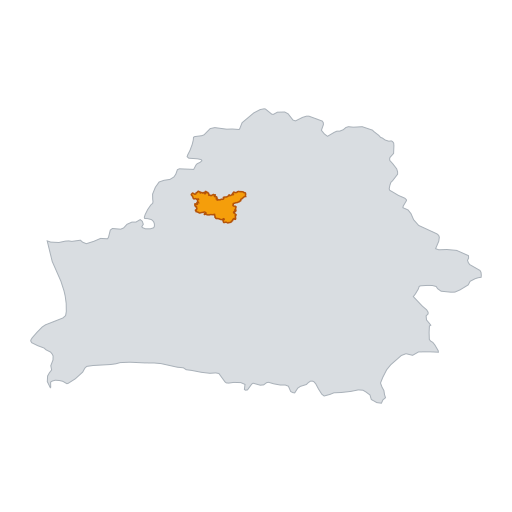 Vileyka, Minsk, Belarus (highlighted)
{"feature_id": "67162791B71807573158689", "entity_name": "Vileyka", "entity_type": "district", "adm_level": 2, "iso_a3": "BLR", "parent_name": "Belarus", "parent_adm1": "Minsk", "projection": "natural_earth1", "projection_center": [27.139, 54.501], "detail": "fine", "context": "in_parent", "style": "filled", "palette": "amber", "viewbox_px": 512, "rotation_deg": 0, "n_neighbors": 0, "source": "geoboundaries", "source_scale": "gbopen_adm2", "svg_char_len": 9311}
<svg xmlns="http://www.w3.org/2000/svg" viewBox="0 0 512 512"><path d="M438.4,352.2L429.4,351.8L418.6,351.9L412.6,355.3L406.0,353.7L401.3,355.5L390.8,364.7L386.7,369.7L382.8,377.3L380.5,383.0L381.9,386.9L383.9,390.6L384.5,394.6L385.5,397.7L382.9,399.9L381.4,403.2L376.8,402.6L371.3,399.5L370.0,395.0L365.7,391.8L362.9,390.2L358.2,389.9L350.9,391.4L341.2,392.5L333.9,392.8L330.0,394.4L324.1,396.0L321.8,394.2L318.5,389.0L315.8,383.9L313.9,381.7L312.3,381.1L310.3,381.2L308.1,382.8L306.4,384.5L300.3,386.4L297.7,388.2L294.7,392.9L292.8,392.6L290.7,391.5L288.4,386.2L285.2,385.0L280.1,385.0L273.7,383.8L268.6,382.3L266.7,382.6L263.6,384.9L260.3,385.2L253.1,383.2L251.7,384.1L247.5,389.9L245.5,390.2L244.4,389.5L245.0,384.4L240.8,382.6L233.7,382.4L228.7,383.1L226.3,382.9L225.0,381.9L218.9,373.5L215.7,372.9L209.9,373.3L201.4,372.3L191.6,370.4L186.2,369.7L183.4,367.8L177.3,367.2L161.1,363.6L154.4,363.0L144.7,362.9L129.8,362.2L120.2,362.6L115.8,363.8L110.7,364.5L93.0,365.5L86.7,366.4L84.8,368.2L82.7,372.1L75.3,378.8L68.2,383.3L66.9,383.7L62.8,381.3L59.3,380.5L55.3,380.2L52.4,381.0L50.6,382.1L50.7,387.3L50.3,387.7L47.3,381.6L47.6,376.0L49.4,372.8L51.6,370.0L50.8,365.7L53.0,360.0L53.1,355.9L52.2,354.1L50.6,352.1L46.0,349.8L44.0,348.0L37.8,345.7L31.7,342.7L30.7,340.9L31.0,339.7L32.2,337.8L37.0,332.3L42.2,327.0L45.5,324.8L62.9,318.0L65.6,315.6L66.3,311.6L66.2,303.4L65.2,296.0L64.0,290.8L60.9,281.2L52.2,261.4L47.2,240.9L50.7,242.1L58.9,242.5L65.4,241.1L68.8,240.9L71.8,241.4L80.4,240.2L82.5,242.1L86.3,243.7L93.9,241.3L100.6,238.4L107.5,238.8L108.5,237.3L110.3,230.1L112.4,228.5L120.7,229.2L123.7,227.9L127.0,224.3L131.9,222.1L135.9,222.1L140.2,219.6L142.3,221.3L143.3,224.3L141.8,226.7L142.4,227.6L145.4,228.8L150.4,228.8L153.6,227.8L154.4,226.4L154.4,223.9L153.6,221.6L151.5,219.6L147.5,218.6L144.7,218.5L144.3,217.3L145.2,214.5L147.7,209.5L150.8,205.0L152.7,203.3L153.0,201.7L152.7,199.0L152.6,194.1L155.4,187.2L159.1,182.0L164.0,180.3L170.0,179.4L173.9,177.0L175.8,174.2L177.4,169.7L179.3,168.8L193.7,169.4L196.0,165.0L197.2,163.7L200.0,162.4L201.9,160.8L201.2,159.6L197.5,158.8L188.8,158.2L187.1,156.7L187.7,154.9L190.0,150.4L192.2,144.5L193.3,140.0L193.5,137.3L194.7,136.6L201.8,135.7L204.1,134.8L210.2,128.6L214.8,127.6L226.7,129.2L232.1,129.0L239.1,129.5L239.7,128.8L242.1,122.7L253.8,112.9L260.1,109.6L264.1,108.8L265.4,109.0L271.8,114.2L273.3,114.4L277.4,112.2L284.7,112.0L288.1,113.8L293.0,120.1L295.5,120.9L302.5,117.4L306.4,116.2L309.0,116.2L322.3,121.1L323.3,122.7L323.4,124.6L321.4,130.3L324.3,133.9L327.5,136.3L334.3,132.3L336.8,131.2L339.6,131.2L343.3,129.7L345.9,127.5L348.4,126.7L353.4,127.2L362.2,126.7L372.6,130.2L373.5,131.3L378.7,135.3L380.6,137.4L382.3,138.0L385.1,140.0L388.8,141.2L391.3,140.9L392.5,141.5L393.7,143.1L393.9,145.8L393.6,153.4L390.0,157.4L389.6,158.8L389.8,160.5L392.8,163.8L396.7,168.9L397.6,171.9L397.6,174.2L392.6,180.7L390.9,182.3L389.8,185.5L389.2,188.8L389.6,190.2L398.4,195.4L404.8,198.2L406.3,199.6L406.5,200.5L403.2,206.1L402.9,207.7L408.1,210.0L411.0,213.7L413.6,219.7L418.6,225.4L437.0,233.9L438.7,235.4L439.3,237.2L438.8,241.1L435.6,248.7L438.8,249.8L446.8,249.5L456.6,250.4L468.5,255.7L468.6,258.1L467.5,260.3L468.3,262.6L469.7,264.6L480.0,270.5L481.0,272.3L481.3,275.2L481.1,277.3L478.3,277.7L475.1,278.7L470.1,281.3L468.2,284.9L460.0,289.9L454.9,292.1L450.9,292.2L441.1,291.2L437.6,288.7L436.2,286.5L432.4,285.5L427.5,285.4L420.6,285.8L419.2,286.4L418.2,289.2L415.4,293.9L413.3,296.6L422.2,306.0L426.7,309.9L428.1,312.2L428.1,313.9L426.1,315.9L426.5,319.9L430.8,325.2L429.4,326.0L429.1,332.4L429.3,339.4L430.5,341.0L432.8,342.4L434.8,344.9L438.2,350.7L438.4,352.2Z" fill="#d9dde1" stroke="#a8b0b8" stroke-width="1"/><path d="M196.1,211.6L196.8,211.8L197.4,212.0L198.2,212.3L198.7,212.5L199.0,212.8L199.4,213.0L200.2,212.9L200.8,212.7L201.7,212.5L202.3,212.4L202.8,212.4L203.4,212.3L203.8,212.1L204.3,212.0L204.6,212.0L205.0,212.2L205.7,212.6L205.9,212.8L205.9,213.0L205.5,213.4L204.6,213.7L204.4,213.9L204.3,214.1L204.3,214.3L204.5,214.5L204.8,214.5L205.4,214.2L205.7,214.2L206.2,214.2L206.4,214.3L206.8,214.7L207.0,214.8L208.9,214.9L209.3,214.9L210.3,214.6L210.6,214.6L211.5,214.6L212.6,214.7L213.6,214.7L213.8,214.6L214.1,214.3L214.3,214.3L214.6,214.4L214.6,214.6L214.5,214.9L214.5,215.1L214.6,215.3L214.8,215.6L214.8,215.9L215.0,216.2L215.1,216.5L214.9,217.0L215.0,217.2L215.1,217.4L215.5,217.6L215.7,218.0L215.9,218.4L216.1,218.5L216.8,218.6L217.4,218.5L217.9,218.6L218.3,218.7L218.9,218.7L219.9,219.2L220.7,219.5L221.0,219.6L221.6,219.6L222.2,219.6L222.7,219.5L222.9,219.4L223.1,218.9L223.3,218.8L223.4,218.7L223.9,218.8L224.0,218.9L224.1,219.1L224.2,219.3L224.1,219.6L223.2,220.1L223.0,220.4L223.0,220.7L223.2,221.3L223.5,221.9L223.5,222.1L223.6,222.4L223.8,222.5L224.0,222.5L224.5,222.5L225.2,222.3L225.6,222.2L226.0,222.2L226.5,222.3L227.1,222.6L227.4,222.8L227.7,222.9L228.0,222.9L228.4,222.8L228.9,222.5L229.8,222.6L230.0,222.5L230.4,222.3L230.8,222.1L231.4,221.9L231.5,221.8L231.5,221.6L231.5,221.3L231.6,221.1L232.6,220.7L232.7,220.4L232.6,220.1L232.6,219.9L232.7,219.7L233.3,219.3L233.3,219.0L233.4,218.8L233.6,218.7L233.9,218.6L234.1,218.7L234.6,219.1L234.8,219.3L235.1,219.3L235.4,219.3L235.5,219.1L235.6,218.9L235.2,218.6L235.2,218.4L235.2,218.2L235.4,218.1L235.6,217.9L235.5,217.5L235.4,217.2L235.5,216.7L235.5,216.3L235.5,216.0L235.3,215.9L235.3,215.6L235.5,215.4L236.0,215.2L236.1,214.8L236.0,214.6L235.6,214.3L235.2,214.0L234.7,213.6L234.5,213.2L233.9,213.0L233.7,212.8L233.6,212.5L233.6,212.3L233.8,212.2L234.0,211.9L234.0,211.7L234.5,211.5L234.7,211.8L235.0,211.8L235.1,211.7L235.6,211.1L235.8,211.0L235.9,210.8L235.9,210.6L235.7,210.5L235.2,210.5L234.9,210.4L234.8,210.2L234.8,209.9L235.2,209.7L235.7,209.6L235.7,209.1L235.7,208.6L235.5,208.2L235.5,207.8L235.9,207.4L236.0,207.3L236.0,207.0L236.0,206.8L235.4,206.3L235.1,206.2L234.3,206.2L234.0,206.2L233.6,206.0L233.0,205.6L232.9,205.4L232.9,205.1L233.0,204.8L233.3,204.5L233.2,203.7L233.4,203.5L233.6,203.4L234.7,203.2L235.5,202.8L235.8,202.7L237.2,202.6L237.7,202.3L239.3,201.7L239.3,201.4L239.7,201.1L240.4,201.0L240.7,200.8L240.8,200.6L240.8,200.4L240.7,200.2L240.7,199.6L240.8,199.4L241.0,199.3L241.2,199.1L241.9,198.9L242.2,198.4L243.0,197.9L243.3,197.5L243.6,197.3L243.9,197.0L244.1,196.9L244.7,196.6L245.6,196.5L245.5,196.3L245.5,194.7L245.7,194.2L245.5,193.4L245.4,193.0L245.0,192.7L244.0,192.6L243.7,192.5L243.6,192.3L243.5,192.1L243.1,191.9L241.9,191.7L239.2,191.6L238.7,191.4L237.5,191.7L237.3,191.9L237.0,192.1L237.0,192.3L236.7,192.5L236.4,192.5L235.4,192.6L234.6,192.5L234.3,192.4L234.2,192.3L234.2,192.2L233.7,192.1L233.5,192.3L233.3,192.8L232.7,193.3L232.5,193.5L232.7,193.8L233.3,194.2L233.4,194.3L233.4,194.5L233.2,194.7L233.0,194.8L232.7,194.8L232.5,194.7L231.8,194.8L231.5,194.9L231.3,195.1L231.1,195.3L230.1,195.6L229.6,195.6L229.6,195.4L229.5,195.1L229.3,194.9L229.1,194.9L228.9,195.0L228.7,195.7L228.5,195.8L228.0,196.2L226.5,197.0L224.9,197.0L224.0,197.2L223.6,197.3L223.4,197.4L223.4,197.5L223.4,197.8L223.5,197.9L223.7,198.1L223.8,198.2L223.6,198.6L223.4,198.8L223.4,199.0L223.2,199.2L222.7,199.3L222.0,199.3L221.5,199.2L221.3,199.2L221.0,199.3L220.7,199.6L220.3,199.8L218.8,199.9L218.1,199.8L217.5,200.1L217.1,200.0L217.0,199.9L217.0,199.6L217.1,199.2L217.4,199.0L217.2,198.8L217.1,198.7L216.5,198.7L216.3,198.7L216.4,198.3L216.8,198.0L216.9,197.8L216.9,197.3L216.8,197.1L216.5,196.8L215.8,196.8L214.9,196.7L214.6,196.5L214.4,196.2L214.4,195.9L214.4,195.7L214.5,195.5L214.7,195.4L215.3,195.2L215.3,194.9L215.1,194.8L214.1,194.9L213.6,194.5L213.3,194.5L213.2,194.6L213.0,194.8L212.2,195.0L211.9,195.2L211.7,195.5L211.4,195.6L210.6,195.6L210.4,195.5L210.1,195.2L209.9,195.1L209.7,195.1L209.1,195.3L208.9,195.3L208.8,195.2L208.9,194.7L208.7,194.0L208.7,193.7L208.6,193.3L208.0,193.1L207.9,192.8L207.8,192.5L207.7,192.4L206.6,192.1L206.2,191.7L205.9,191.5L205.8,191.4L205.4,191.5L205.4,191.9L205.7,192.1L206.0,192.4L206.0,192.8L205.5,193.5L205.4,193.6L205.1,193.8L204.9,193.8L204.8,193.6L204.7,192.8L204.7,192.6L204.4,192.4L204.1,192.4L203.8,192.5L203.5,192.7L203.3,193.0L202.9,193.1L202.7,193.1L202.3,192.8L202.1,192.6L201.7,192.5L201.0,192.6L200.6,192.9L200.4,193.0L200.2,192.9L200.2,192.3L200.1,192.0L199.9,191.8L199.2,191.8L198.9,191.6L198.7,191.5L198.6,191.3L198.4,191.3L198.1,191.3L197.9,191.5L197.4,192.2L197.3,192.4L197.2,192.5L196.3,192.6L196.2,192.8L196.1,193.4L195.9,193.6L195.8,193.9L195.7,194.0L195.0,194.2L194.6,194.2L194.3,194.1L194.2,194.0L193.9,193.6L193.6,193.4L193.3,193.4L192.8,193.2L192.5,193.1L192.1,193.6L191.6,194.0L191.3,194.5L191.4,195.0L191.9,195.5L192.2,195.9L192.6,196.6L193.0,197.3L193.0,197.7L193.2,198.2L193.5,198.6L193.7,198.8L194.1,198.9L195.5,198.6L196.0,198.7L196.3,199.1L196.7,199.3L197.5,199.4L197.6,199.1L197.9,199.0L198.4,199.0L198.5,199.4L198.1,199.6L197.6,200.0L197.5,200.3L197.5,200.7L197.5,201.2L197.6,201.7L198.1,201.9L198.3,202.3L198.5,202.7L197.9,202.7L197.5,202.5L196.9,202.7L196.9,203.3L197.3,203.9L197.4,204.3L196.8,204.5L196.3,204.2L195.7,203.9L195.2,203.8L194.8,204.0L194.8,204.3L195.0,204.7L195.1,205.1L194.9,205.5L195.0,205.8L195.4,206.0L195.4,206.3L195.6,206.6L196.1,206.5L196.5,206.7L196.6,207.0L196.5,207.6L196.8,208.1L196.9,208.5L196.8,209.1L196.3,209.4L196.0,209.8L195.5,210.1L195.5,210.5L196.0,210.7L196.3,210.9L196.2,211.3L196.1,211.6Z" fill="#f59e0b" stroke="#b45309" stroke-width="1.5"/></svg>